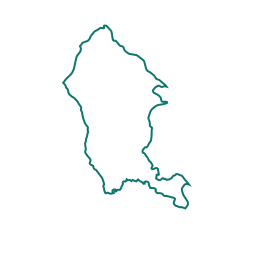 map outline of Buri Ram (Robinson projection), rotated 146°
{"feature_id": "THA-436", "entity_name": "Buri Ram", "entity_type": "Province", "adm_level": 1, "iso_a3": "THA", "parent_name": "Thailand", "parent_adm1": "", "projection": "robinson", "projection_center": [102.981, 14.961], "detail": "fine", "context": "isolated", "style": "outline", "palette": "teal", "viewbox_px": 256, "rotation_deg": 146, "n_neighbors": 0, "source": "natural_earth", "source_scale": "10m", "svg_char_len": 5822}
<svg xmlns="http://www.w3.org/2000/svg" viewBox="0 0 256 256"><g transform="rotate(146 128 128)"><path d="M139.9,207.2L131.5,215.2L129.8,216.4L125.9,217.6L124.1,218.5L122.5,220.4L122.1,222.3L122.0,222.8L120.0,223.2L119.0,223.8L118.0,224.0L117.4,224.0L116.9,223.8L114.9,223.4L113.9,223.0L112.9,222.7L112.2,222.8L110.6,223.2L109.5,223.6L109.2,223.8L108.7,224.4L106.6,225.3L102.2,226.6L101.2,226.7L98.6,226.4L95.5,226.4L94.8,226.3L94.5,226.1L93.9,225.6L93.4,225.0L93.0,224.7L92.4,224.3L92.0,224.3L91.8,224.6L91.7,225.0L91.5,225.4L91.2,225.8L90.6,226.2L90.3,226.2L90.0,226.0L89.5,225.4L88.7,224.7L87.8,219.1L87.8,217.3L88.4,215.7L89.8,212.7L90.0,212.4L90.6,211.2L91.1,209.7L91.2,209.0L91.1,208.4L90.8,208.2L90.5,208.0L89.8,207.7L89.4,207.0L89.2,205.9L88.8,201.8L88.6,200.9L88.3,200.2L88.1,199.9L87.2,199.0L86.8,198.4L86.7,197.8L86.7,197.3L87.3,194.7L87.3,194.0L87.3,193.4L86.4,190.6L85.7,189.2L85.1,188.3L80.8,184.3L80.5,184.1L79.9,183.2L79.3,181.6L77.5,176.0L77.3,174.8L77.3,174.3L77.4,173.9L79.7,167.3L80.0,165.5L79.9,164.7L79.8,164.1L79.2,163.0L78.6,162.0L78.0,160.3L77.1,157.1L77.0,156.2L77.1,153.1L77.1,152.9L77.0,152.7L75.2,150.3L73.1,142.8L72.9,141.4L72.9,140.7L73.4,141.3L73.9,141.8L74.5,142.2L75.2,142.5L76.8,143.0L77.2,143.2L77.6,143.8L78.5,145.5L78.9,145.9L79.1,146.1L79.4,146.2L82.1,146.4L82.9,146.3L85.3,145.7L86.0,145.4L86.3,145.1L86.6,144.6L86.9,143.7L86.9,143.2L86.8,142.7L84.8,139.0L84.6,138.4L84.0,136.3L83.9,135.5L84.0,134.8L84.8,132.6L85.1,131.6L85.1,131.0L84.9,130.6L84.7,130.4L82.0,128.7L81.7,128.4L81.3,127.9L81.2,127.5L81.4,127.2L81.7,127.0L82.6,127.1L86.4,128.4L88.5,129.5L89.9,130.1L91.5,130.5L93.4,130.6L96.9,130.3L98.4,129.9L100.5,128.9L105.4,125.1L106.0,123.5L106.5,121.5L107.1,119.9L107.3,119.6L108.0,118.7L108.5,117.7L108.6,117.1L108.5,116.5L108.0,115.1L108.1,114.7L108.1,114.4L109.1,113.5L109.6,112.9L113.3,107.7L115.8,105.0L116.4,104.5L117.8,103.9L118.6,103.7L119.3,103.4L120.8,102.5L122.5,101.7L122.9,101.6L123.3,101.7L123.7,101.8L124.2,102.2L124.6,102.4L125.0,102.4L127.7,101.7L128.1,101.4L128.6,101.0L129.2,100.2L129.4,99.7L129.4,99.2L129.0,98.6L128.8,98.3L128.6,97.9L128.5,97.5L128.5,93.6L128.4,93.1L128.4,92.6L128.4,91.8L128.8,89.6L128.8,88.9L128.8,88.5L128.5,87.7L128.4,87.3L128.3,86.8L128.4,84.0L128.6,83.3L128.8,82.9L129.1,82.6L130.3,82.1L130.9,81.7L131.1,81.3L131.1,80.8L131.1,80.5L130.9,80.3L130.7,80.1L130.1,79.8L127.5,79.3L126.8,78.9L126.5,78.6L126.1,77.4L126.2,77.1L128.4,72.2L129.0,72.1L129.1,72.3L129.3,72.4L129.9,73.1L130.6,73.1L131.2,72.0L132.7,70.9L132.9,70.3L132.3,68.8L131.9,68.1L131.2,67.3L130.6,67.0L130.4,66.9L129.8,66.8L127.7,67.1L127.4,67.0L127.0,66.7L126.8,66.1L126.6,65.6L126.3,65.3L125.9,65.3L125.6,65.1L125.4,64.8L125.3,64.3L125.2,63.7L125.0,63.4L124.6,63.2L123.8,63.0L122.9,62.4L122.6,62.2L122.1,62.2L120.9,62.2L120.1,62.1L119.7,62.2L119.3,62.3L118.3,62.8L117.9,62.9L117.1,63.0L116.7,62.9L115.5,62.5L115.1,62.5L114.1,62.8L113.7,62.8L113.4,62.6L113.1,62.4L112.3,61.6L111.5,60.3L111.1,59.7L110.7,59.1L110.1,58.4L110.0,58.1L109.9,57.3L109.8,53.7L109.3,51.0L109.1,47.1L109.5,47.7L110.3,48.5L110.9,48.9L111.2,49.1L112.0,49.3L112.5,49.3L113.0,49.3L113.8,49.1L116.3,48.1L117.3,47.5L117.8,46.8L118.4,45.5L119.5,41.8L119.6,40.9L119.6,40.4L119.7,33.9L119.8,33.5L120.2,32.4L120.7,31.6L121.0,31.2L121.6,30.8L122.1,30.5L125.4,29.3L127.7,32.3L128.8,33.1L129.2,33.2L129.5,33.4L129.7,33.7L129.9,33.9L130.8,35.6L131.0,35.9L131.2,36.0L131.6,36.3L131.9,36.8L132.2,38.3L132.3,39.1L132.2,39.7L132.1,40.0L132.0,40.3L131.5,40.8L129.4,42.3L128.9,42.7L128.7,43.0L128.6,43.3L128.8,43.9L129.2,44.6L133.6,49.7L134.3,50.3L134.8,50.7L135.1,50.8L135.6,51.2L135.9,51.4L136.1,51.9L136.3,52.8L136.2,53.4L136.4,54.1L136.7,54.8L138.2,56.3L140.0,57.5L140.2,57.9L140.4,58.5L140.5,59.6L140.4,60.2L140.2,60.6L139.9,60.7L139.6,60.9L139.4,61.2L139.3,61.5L139.3,61.9L139.3,62.4L139.7,63.0L140.0,63.5L143.1,65.9L142.4,69.5L142.0,69.8L141.5,71.2L141.7,72.2L142.5,73.1L143.4,73.9L144.6,73.4L144.9,73.1L144.9,73.9L145.6,73.9L145.6,73.1L146.3,73.1L146.6,74.9L148.0,77.9L148.5,79.7L150.9,79.1L152.2,80.6L153.1,82.3L154.2,82.1L154.9,82.1L155.3,83.6L157.3,84.8L157.8,86.2L159.1,85.0L160.1,85.1L160.9,85.8L161.7,86.2L162.7,85.8L163.9,84.1L164.6,83.7L165.7,83.3L167.9,81.7L169.2,81.3L170.0,81.7L170.8,82.4L171.8,82.7L172.8,82.1L173.4,82.1L173.4,82.6L173.6,82.8L173.9,82.7L174.2,82.8L173.0,84.0L174.0,85.0L175.8,84.9L177.0,82.8L176.3,82.8L176.3,82.1L178.3,82.8L179.8,83.7L179.9,83.9L180.6,85.3L181.2,85.8L181.7,85.9L182.2,85.9L182.7,86.2L183.0,86.6L182.9,87.0L182.9,87.4L183.1,87.6L182.8,88.9L181.8,91.1L181.5,91.9L181.0,93.6L180.7,93.9L179.7,94.4L179.2,94.9L178.5,96.7L177.6,100.2L177.4,101.2L177.6,104.0L177.6,105.5L177.8,108.4L177.9,110.4L177.9,110.8L178.0,111.2L178.2,111.6L178.6,112.2L178.8,112.5L178.9,113.0L178.9,113.4L178.8,114.0L178.6,114.6L178.3,115.5L178.1,116.1L178.4,116.8L178.6,117.2L178.9,117.5L179.3,118.2L179.6,118.9L179.6,119.4L179.5,119.9L179.3,120.4L178.3,121.2L177.7,121.6L177.4,121.8L177.0,122.5L176.9,123.0L176.8,123.6L176.8,124.7L177.1,126.4L177.2,129.3L177.3,130.7L177.2,131.2L177.0,131.9L176.3,132.7L175.9,133.2L175.1,133.6L174.7,134.1L173.1,137.6L172.4,138.9L172.3,139.2L171.8,139.6L170.3,140.7L169.1,142.1L168.6,142.6L166.7,143.9L166.5,144.1L165.0,145.7L164.7,146.0L164.4,146.2L163.7,146.5L163.4,146.9L163.1,147.5L162.7,148.6L162.1,149.6L161.5,150.1L161.0,150.7L160.9,151.2L160.8,151.9L161.1,154.5L160.9,156.4L159.6,161.6L159.0,163.2L157.6,166.0L157.4,166.4L157.1,168.6L156.9,169.1L156.8,169.5L156.5,169.8L155.5,170.9L155.3,171.2L155.2,172.0L155.2,173.2L155.3,176.0L155.1,177.6L155.1,178.9L155.8,182.9L157.0,185.6L157.8,188.4L157.8,188.9L157.8,189.6L157.6,190.5L157.0,192.2L156.6,192.9L156.4,193.7L156.4,194.3L156.6,195.5L156.7,196.2L156.2,197.5L156.1,198.4L156.1,199.2L156.4,201.7L151.7,203.3L145.4,204.4L143.3,205.1L139.9,207.2Z" fill="none" stroke="#0f766e" stroke-width="2"/></g></svg>